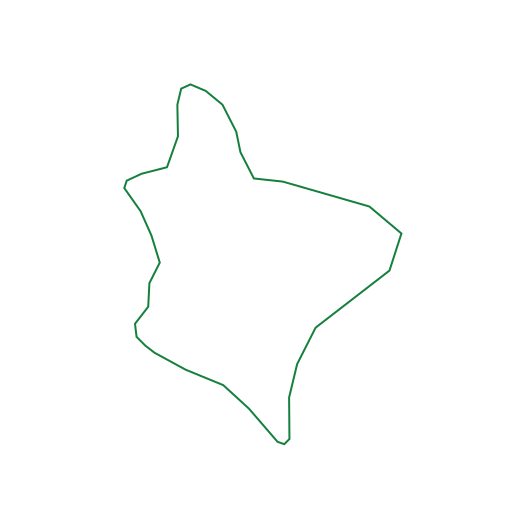 an SVG outline of Bishkek, rotated 156°
{"feature_id": "KGZ-1115", "entity_name": "Bishkek", "entity_type": "Region", "adm_level": 1, "iso_a3": "KGZ", "parent_name": "Kyrgyzstan", "parent_adm1": "", "projection": "orthographic", "projection_center": [74.608, 42.858], "detail": "fine", "context": "isolated", "style": "outline", "palette": "green", "viewbox_px": 512, "rotation_deg": 156, "n_neighbors": 0, "source": "natural_earth", "source_scale": "10m", "svg_char_len": 594}
<svg xmlns="http://www.w3.org/2000/svg" viewBox="0 0 512 512"><g transform="rotate(156 256 256)"><path d="M306.7,72.6L311.9,77.5L324.5,119.3L338.4,151.3L366.4,180.6L388.0,208.8L393.5,219.0L398.0,230.7L394.1,243.3L375.1,253.5L364.4,274.6L346.6,289.1L343.2,317.2L343.2,343.9L348.7,371.6L343.5,377.4L327.2,377.7L301.2,373.3L278.6,397.1L266.3,426.2L256.3,439.3L246.1,439.4L234.8,427.3L225.1,407.9L223.5,377.6L228.0,357.1L226.4,327.7L201.3,313.1L132.3,255.1L114.0,217.4L140.0,188.4L230.7,166.3L262.4,140.5L283.3,113.3L299.9,75.2L306.7,72.6Z" fill="none" stroke="#15803d" stroke-width="2"/></g></svg>